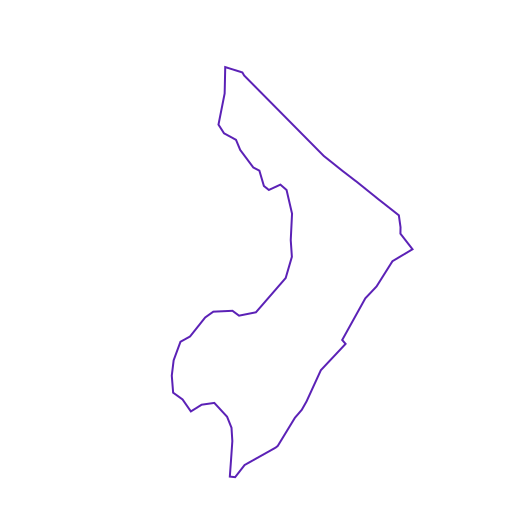 outline of Tamuning, Guam, rotated 328°
{"feature_id": "77769853B98386396694239", "entity_name": "Tamuning", "entity_type": "district", "adm_level": 2, "iso_a3": "GUM", "parent_name": "Guam", "parent_adm1": "", "projection": "orthographic", "projection_center": [144.795, 13.512], "detail": "fine", "context": "isolated", "style": "outline", "palette": "violet", "viewbox_px": 512, "rotation_deg": 328, "n_neighbors": 0, "source": "geoboundaries", "source_scale": "gbopen_adm2", "svg_char_len": 954}
<svg xmlns="http://www.w3.org/2000/svg" viewBox="0 0 512 512"><g transform="rotate(328 256 256)"><path d="M392.3,333.2L390.3,313.6L393.8,308.2L398.7,297.2L390.3,273.9L390.1,273.4L380.5,245.7L380.2,245.1L374.5,229.8L366.5,207.1L341.6,96.7L341.7,93.1L330.0,79.5L318.8,96.6L315.5,101.6L293.8,124.7L293.9,135.0L300.6,146.9L298.8,157.7L300.6,179.4L300.6,179.5L304.1,185.4L299.8,200.8L301.9,206.8L314.5,208.4L316.9,216.2L309.0,239.2L293.9,260.9L286.0,275.7L269.5,290.4L226.1,303.7L210.0,297.6L207.0,290.0L190.3,280.6L185.1,280.9L180.3,281.2L157.4,289.3L146.5,288.7L137.6,295.6L130.9,300.8L121.2,312.8L113.3,328.0L117.2,337.5L117.7,338.7L118.4,353.3L131.1,353.3L142.8,358.5L146.3,377.0L144.2,388.7L137.8,400.5L125.9,416.9L116.9,429.2L121.1,432.5L135.6,427.2L171.2,428.9L173.8,428.6L203.3,413.8L213.3,410.7L221.8,406.1L250.5,387.2L285.4,378.0L284.6,372.9L326.3,349.8L342.1,345.7L369.0,332.7L392.3,333.2Z" fill="none" stroke="#5b21b6" stroke-width="2"/></g></svg>